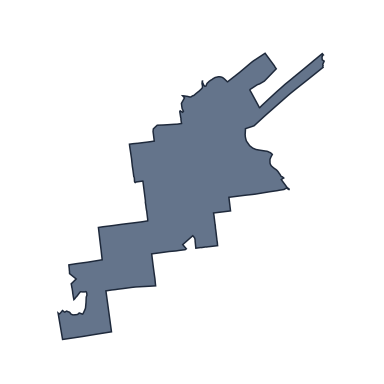 Plataresti, Calarasi, Romania, rotated 171°
{"feature_id": "2599482B2519283515230", "entity_name": "Plataresti", "entity_type": "district", "adm_level": 2, "iso_a3": "ROU", "parent_name": "Romania", "parent_adm1": "Calarasi", "projection": "equal_earth", "projection_center": [26.411, 44.363], "detail": "fine", "context": "isolated", "style": "filled", "palette": "slate", "viewbox_px": 384, "rotation_deg": 171, "n_neighbors": 0, "source": "geoboundaries", "source_scale": "gbopen_adm2", "svg_char_len": 5818}
<svg xmlns="http://www.w3.org/2000/svg" viewBox="0 0 384 384"><g transform="rotate(171 192 192)"><path d="M170.4,289.9L172.5,288.7L175.2,287.0L175.8,287.0L176.0,287.0L176.9,286.7L178.1,286.1L178.3,286.1L178.5,286.1L178.8,286.1L179.0,286.1L179.3,286.1L179.5,286.3L180.3,286.6L180.8,286.8L181.3,287.1L181.8,287.2L184.0,287.9L185.3,288.3L186.2,288.5L184.7,286.2L186.2,284.2L188.1,281.8L188.6,281.1L188.7,278.1L188.7,276.1L188.2,274.1L187.8,273.1L188.8,272.2L190.6,273.7L191.0,274.0L191.1,273.9L191.4,273.5L191.5,273.2L191.5,272.7L191.5,272.3L191.5,271.9L191.5,270.2L191.5,267.6L191.4,266.0L191.6,265.2L191.6,264.1L191.6,262.8L191.6,261.3L195.9,261.3L199.4,261.7L206.0,262.3L209.2,262.6L215.9,263.4L218.0,262.0L220.3,260.4L221.0,257.9L221.3,248.2L224.7,248.2L229.4,248.3L231.4,248.4L238.1,248.6L239.0,248.7L240.8,248.8L241.7,248.9L245.5,249.0L246.3,249.0L246.4,247.1L246.4,246.4L246.5,234.7L246.9,226.7L246.9,223.1L247.1,216.4L247.0,216.1L246.8,215.5L246.8,215.1L246.8,214.5L247.1,211.5L247.1,211.2L246.9,210.6L246.6,210.2L245.8,210.5L245.5,210.6L245.1,210.7L244.4,210.6L239.1,210.5L238.8,210.4L239.4,190.2L239.5,190.0L239.7,189.1L239.7,188.0L239.7,187.1L239.7,185.5L239.8,184.0L239.8,181.0L239.7,179.7L239.8,178.7L239.9,175.7L240.0,173.3L240.0,172.3L240.1,171.3L240.3,170.4L240.7,170.4L247.2,170.4L256.0,170.7L261.2,170.9L267.0,171.1L274.0,171.2L277.7,171.3L285.1,171.6L290.0,171.6L290.1,168.8L290.5,159.6L290.9,148.2L291.1,144.3L291.3,139.1L306.4,139.0L317.2,139.3L325.0,139.3L325.1,138.4L325.2,135.8L325.3,135.0L325.3,134.7L325.4,133.7L325.4,133.0L325.7,130.5L325.4,130.2L320.0,124.2L325.7,120.2L325.6,118.6L325.6,116.7L325.5,115.5L325.5,113.4L325.5,112.4L325.6,110.9L325.6,110.0L325.6,109.0L325.6,107.5L325.5,104.2L324.6,104.8L323.7,105.7L323.2,106.2L322.3,106.8L321.6,107.4L319.8,109.2L318.1,110.7L317.8,110.9L317.5,110.9L316.0,110.5L314.2,110.2L313.3,110.1L312.9,110.2L312.5,110.3L312.1,110.0L311.9,109.4L311.8,108.3L311.9,106.7L312.4,105.7L312.9,104.8L314.0,99.3L315.0,95.4L315.3,94.2L315.5,93.7L316.2,92.5L318.0,89.8L318.9,88.6L319.1,88.5L319.3,88.5L322.1,90.1L322.5,90.1L323.7,89.2L324.6,88.9L327.7,89.1L328.3,89.2L328.9,89.3L329.5,89.6L330.0,89.9L330.4,90.2L330.5,90.3L330.7,90.5L330.9,90.8L331.1,91.1L331.2,91.5L331.3,91.7L331.4,91.9L331.6,92.2L331.9,92.4L332.1,92.6L332.3,92.8L332.5,92.9L333.0,93.0L333.3,93.2L333.6,93.4L334.2,93.9L334.4,94.0L334.5,94.0L336.0,93.4L336.4,93.3L336.7,93.3L336.8,93.4L336.9,93.5L338.4,95.2L339.4,94.4L339.5,94.2L341.9,92.3L342.3,92.3L343.2,93.4L342.9,66.6L322.6,66.4L309.9,66.5L293.4,66.5L293.1,79.2L292.5,107.8L289.6,107.8L286.8,107.8L282.9,107.6L280.3,107.6L275.2,107.4L266.3,107.2L262.3,107.0L255.6,106.3L249.8,105.7L242.6,105.0L242.5,107.3L242.2,112.0L242.1,118.1L241.9,126.0L241.5,137.2L234.3,137.0L223.8,136.8L217.0,136.3L213.7,136.3L207.8,136.1L206.5,136.8L209.4,141.5L198.1,148.7L197.2,147.3L196.5,145.9L196.5,144.9L196.4,144.2L196.5,143.6L196.6,143.0L196.7,141.3L197.0,135.9L192.2,135.8L191.7,135.7L191.3,135.6L191.0,135.6L187.0,135.6L186.3,135.4L184.4,135.4L183.1,135.3L175.1,135.0L175.1,135.7L175.0,136.8L174.9,137.7L174.9,138.4L174.9,139.4L174.9,141.1L174.8,142.1L174.8,142.5L174.7,145.2L174.6,147.6L174.5,150.4L174.5,151.5L174.5,152.5L174.3,154.6L174.3,155.2L174.3,155.5L174.2,155.7L174.3,156.7L174.2,159.7L174.1,161.6L174.1,162.0L174.1,163.2L174.0,164.4L174.0,164.7L174.0,165.9L174.0,167.5L174.0,167.9L156.9,167.3L156.4,181.0L140.5,180.5L138.2,180.4L136.5,180.3L134.6,180.2L132.6,180.1L129.6,180.0L115.4,180.1L107.2,180.0L105.7,180.1L101.0,180.1L100.4,180.2L99.0,180.8L98.0,181.2L96.8,180.0L96.0,179.3L95.8,179.2L95.7,179.3L95.7,179.7L95.7,179.9L95.9,180.1L96.1,180.3L96.8,180.9L97.1,181.2L97.5,181.8L98.2,183.2L98.6,184.0L100.8,188.2L101.9,190.3L100.0,191.2L99.2,191.5L99.4,191.8L100.5,192.9L101.3,193.3L101.6,193.7L102.3,195.5L103.3,197.5L103.9,198.8L104.9,200.3L105.7,201.2L106.9,202.3L108.3,203.8L109.1,204.8L109.6,205.4L110.0,206.4L110.3,207.4L110.4,208.0L110.4,208.4L110.2,209.9L110.0,211.3L110.0,211.7L109.9,211.9L109.5,212.7L108.9,213.7L108.1,214.9L107.5,215.6L107.0,216.3L106.8,216.5L107.0,216.9L107.8,217.9L108.6,218.7L109.5,219.2L110.4,219.9L111.3,220.4L112.1,220.7L112.9,220.9L117.5,222.4L119.7,223.1L119.9,223.2L122.2,224.0L125.2,225.9L127.8,228.7L130.3,233.8L130.6,236.1L130.7,238.3L130.6,239.3L130.5,240.8L130.4,240.9L129.9,243.2L129.6,244.6L129.3,246.2L121.9,247.4L120.3,247.7L109.2,255.1L107.2,256.4L96.0,263.5L81.8,272.5L78.8,274.3L71.8,278.3L61.1,284.3L44.3,293.9L43.0,294.6L43.2,295.6L43.1,295.9L42.7,296.5L42.9,297.2L42.9,297.5L42.6,298.1L41.8,299.3L41.2,300.2L41.0,300.6L41.2,300.8L41.6,301.1L42.7,302.2L42.5,305.1L42.1,305.3L41.9,306.0L41.8,306.4L40.8,306.8L41.7,308.3L50.9,302.9L54.2,300.9L65.0,294.5L73.6,289.5L74.9,288.7L76.4,287.8L82.8,284.1L83.6,283.6L88.1,280.7L91.9,278.3L101.1,272.2L109.5,266.5L111.9,264.7L112.2,264.7L112.3,265.0L113.1,267.4L118.0,281.2L118.8,283.3L118.9,283.7L118.6,284.2L110.6,287.8L108.3,288.2L106.0,289.1L103.2,290.2L101.3,291.6L92.3,298.4L89.5,300.5L90.6,302.7L90.7,303.1L90.9,303.7L91.3,304.5L96.5,314.5L98.1,317.6L110.8,311.9L112.5,311.0L113.7,310.3L126.1,302.8L138.7,295.8L139.5,295.3L139.8,295.3L140.2,295.8L142.3,298.6L143.6,300.0L144.1,300.4L145.2,301.0L145.5,301.1L146.7,301.5L147.8,301.7L149.3,301.6L150.3,301.5L151.2,301.5L151.8,301.2L153.4,300.7L153.8,300.4L154.8,299.9L155.7,299.6L157.8,298.6L158.4,298.1L159.0,297.7L159.8,297.2L160.4,296.6L161.3,295.0L161.5,294.6L162.3,294.4L162.8,294.4L163.0,294.6L163.3,295.1L163.8,296.1L164.0,296.4L164.0,296.7L164.1,297.0L164.1,297.5L164.4,297.8L164.4,298.0L164.4,299.5L164.3,299.9L164.5,299.9L164.8,298.9L164.9,298.4L165.0,298.0L165.1,297.5L165.2,297.3L165.1,296.4L165.1,295.5L165.1,295.2L165.1,294.7L165.2,294.4L165.3,294.1L165.4,293.6L165.6,293.2L165.9,292.9L166.1,292.7L169.1,290.6L170.4,289.9Z" fill="#64748b" stroke="#1e293b" stroke-width="1.5"/></g></svg>